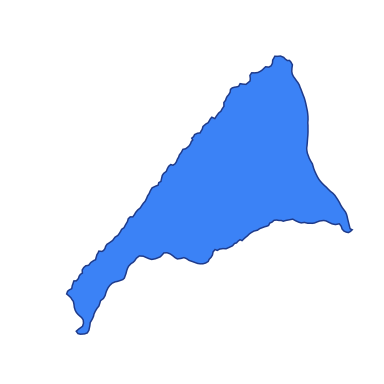 the district of Icaraí de Minas, Minas Gerais, Brazil, rotated 166°
{"feature_id": "56859067B22944648625044", "entity_name": "Icaraí de Minas", "entity_type": "district", "adm_level": 2, "iso_a3": "BRA", "parent_name": "Brazil", "parent_adm1": "Minas Gerais", "projection": "orthographic", "projection_center": [-44.889, -16.228], "detail": "fine", "context": "isolated", "style": "filled", "palette": "blue", "viewbox_px": 384, "rotation_deg": 166, "n_neighbors": 0, "source": "geoboundaries", "source_scale": "gbopen_adm2", "svg_char_len": 4149}
<svg xmlns="http://www.w3.org/2000/svg" viewBox="0 0 384 384"><g transform="rotate(166 192 192)"><path d="M296.7,157.2L297.9,155.6L299.4,154.2L300.9,151.6L302.0,149.6L303.9,149.3L307.2,148.1L310.0,145.9L313.0,146.1L315.3,144.9L317.4,142.9L318.0,139.8L320.2,139.1L321.8,137.7L323.2,135.5L325.7,133.8L328.2,134.3L329.5,132.1L330.8,130.2L332.1,127.3L334.8,126.7L336.7,125.8L338.3,123.4L336.7,121.2L335.2,118.9L334.4,116.5L333.6,114.6L333.7,111.6L334.1,108.5L333.9,105.3L333.3,103.0L332.2,100.8L330.8,98.7L329.5,96.9L328.5,94.3L329.0,91.0L330.7,88.2L332.6,87.4L334.9,86.5L338.0,84.9L336.9,82.2L334.9,81.1L332.9,80.7L330.5,80.3L327.7,80.6L325.5,82.8L323.6,86.7L322.3,90.0L320.7,91.6L319.3,93.1L317.6,95.3L316.7,97.2L314.7,99.7L312.3,102.1L310.0,103.8L308.6,106.0L307.0,108.7L303.7,110.1L301.4,112.5L300.1,114.8L298.7,116.9L296.5,119.5L294.3,121.3L291.6,122.8L288.5,123.4L286.0,123.3L283.0,123.5L280.3,123.8L278.5,124.8L277.1,126.9L275.7,129.0L274.2,131.8L272.9,133.7L271.4,135.4L268.6,137.2L266.2,138.0L264.3,139.1L262.0,141.2L258.6,142.7L254.8,141.5L252.1,139.4L249.7,137.6L247.4,136.3L243.8,136.1L241.8,136.3L238.4,136.8L236.0,138.3L234.0,139.7L230.9,139.1L228.1,137.2L226.2,135.0L224.3,132.4L222.4,130.6L218.8,130.2L215.7,130.3L213.6,128.8L211.3,126.3L208.4,124.4L205.6,122.5L203.8,121.3L201.3,120.3L198.6,119.7L195.9,119.8L193.1,120.7L191.6,122.6L189.3,124.0L187.4,125.9L186.1,128.7L183.6,130.6L181.6,129.2L179.1,129.9L175.6,129.6L172.7,128.7L169.2,129.3L165.7,130.0L163.2,131.8L161.2,131.8L159.1,133.2L157.0,134.1L155.2,132.7L153.0,134.0L151.1,135.0L148.9,136.0L146.4,137.5L144.3,138.3L141.4,139.1L137.7,139.1L135.1,140.1L132.4,140.4L129.8,140.7L127.7,140.7L125.8,141.0L124.1,143.0L121.7,143.4L119.2,144.7L116.6,144.3L114.4,143.3L112.3,142.8L110.5,141.6L107.6,141.7L104.6,141.5L100.8,141.3L98.4,139.0L95.7,136.9L93.5,135.6L90.3,135.3L87.3,133.7L84.8,133.1L82.8,132.5L80.6,132.3L77.8,132.7L75.1,133.0L71.0,132.5L68.9,131.5L66.6,129.5L63.8,127.2L60.7,125.7L56.7,125.5L55.5,122.6L55.3,119.7L54.0,117.3L52.1,115.8L50.1,114.8L47.8,115.4L45.7,116.6L47.5,118.1L47.5,120.1L47.5,124.0L47.5,128.1L47.4,130.9L47.5,133.2L47.9,135.4L48.7,137.4L50.0,140.5L50.9,143.4L51.5,146.2L52.5,149.5L53.4,152.0L54.2,154.2L55.6,156.7L57.5,159.1L59.4,162.2L60.5,164.2L61.9,166.2L63.5,168.8L64.8,171.3L65.7,173.3L66.6,176.3L67.3,179.5L67.9,182.7L68.2,185.1L68.4,190.3L69.3,193.1L70.1,196.4L70.4,199.3L70.7,201.7L70.5,204.7L70.1,206.9L69.1,209.4L68.1,212.3L67.4,214.5L66.7,216.6L65.9,218.9L64.9,222.3L64.1,225.6L63.4,228.4L62.9,231.2L61.9,234.2L61.2,237.3L60.8,239.9L60.5,242.4L60.4,244.8L60.3,247.3L60.2,250.3L60.2,253.6L60.3,256.0L60.7,259.0L61.1,262.4L61.4,265.1L61.8,267.4L62.0,269.8L62.7,272.3L63.7,274.6L64.6,277.0L65.6,279.4L66.2,282.2L66.0,285.0L65.1,287.9L63.8,291.1L64.6,294.2L65.6,296.1L67.7,296.5L69.3,298.4L70.5,300.5L73.2,302.5L76.5,303.0L78.8,303.7L80.2,302.1L81.8,300.5L82.8,297.5L84.7,295.3L87.3,294.6L90.3,295.7L92.1,294.7L94.1,293.5L96.4,292.6L99.2,292.0L102.2,292.4L105.3,293.2L107.6,291.1L108.0,287.9L108.8,285.7L110.8,284.7L113.6,283.4L116.9,284.5L119.1,285.5L121.2,283.2L123.4,283.2L125.6,283.4L127.8,283.3L129.8,282.3L130.9,279.5L133.0,277.4L134.8,276.2L136.1,274.7L137.3,272.8L139.4,271.2L140.3,267.4L142.4,265.6L144.4,263.4L147.0,262.2L149.9,259.8L152.1,257.7L154.7,259.8L156.5,258.5L158.0,256.9L159.6,255.3L162.2,254.6L165.5,252.9L167.0,250.3L168.5,248.9L169.8,247.4L172.5,247.7L175.6,247.1L177.1,245.3L179.2,244.3L178.7,242.3L180.5,241.1L181.6,239.4L183.4,237.6L185.6,236.4L187.8,235.5L190.5,235.6L192.8,233.0L195.3,231.0L196.6,229.0L198.2,227.4L199.9,225.0L201.7,223.4L204.0,222.6L206.0,223.8L208.4,222.6L210.1,220.8L212.0,218.2L215.0,216.9L216.8,215.3L218.1,212.8L219.6,209.8L222.0,209.1L223.2,206.8L225.8,206.5L229.7,205.7L232.0,203.4L234.0,200.8L236.0,199.0L237.6,196.8L239.7,194.3L242.0,192.8L243.8,191.2L246.0,189.1L249.0,187.7L251.5,185.9L253.4,183.9L255.4,182.2L258.0,182.8L260.3,181.5L261.8,178.9L264.4,176.3L266.6,173.8L269.3,172.8L270.6,171.3L272.4,169.5L274.4,167.8L277.6,166.8L280.7,164.2L284.2,162.8L287.2,161.8L289.0,160.1L290.1,158.2L291.9,156.7L293.7,156.1L296.7,157.2Z" fill="#3b82f6" stroke="#1e3a8a" stroke-width="1.5"/></g></svg>